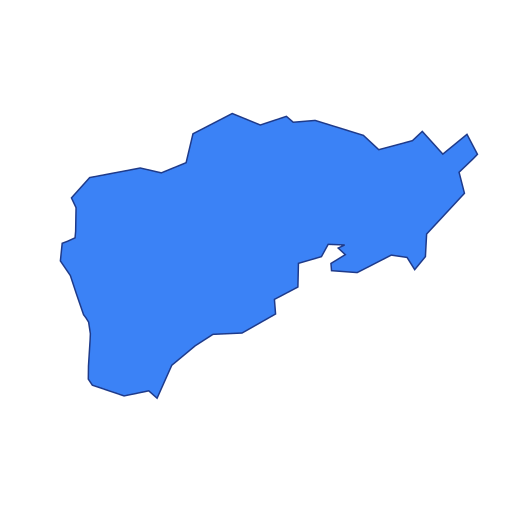 outline of Gjorche Petrov, Gjorče Petrov, North Macedonia, rotated 283°
{"feature_id": "65306769B13037945767817", "entity_name": "Gjorche Petrov", "entity_type": "district", "adm_level": 2, "iso_a3": "MKD", "parent_name": "North Macedonia", "parent_adm1": "Gjorče Petrov", "projection": "mercator", "projection_center": [21.316, 42.053], "detail": "fine", "context": "isolated", "style": "filled", "palette": "blue", "viewbox_px": 512, "rotation_deg": 283, "n_neighbors": 0, "source": "geoboundaries", "source_scale": "gbopen_adm2", "svg_char_len": 912}
<svg xmlns="http://www.w3.org/2000/svg" viewBox="0 0 512 512"><g transform="rotate(283 256 256)"><path d="M401.4,283.1L394.7,262.2L398.9,254.2L384.6,230.7L389.5,200.8L360.9,167.1L331.2,166.9L315.7,145.0L315.7,123.4L295.0,76.3L271.1,63.1L262.6,69.8L239.5,74.7L233.0,75.6L230.3,72.1L228.0,69.1L224.8,64.3L207.2,66.5L195.2,79.5L178.9,89.4L160.0,101.2L157.5,104.2L153.9,107.8L143.0,112.1L136.6,113.3L111.2,117.5L98.3,120.3L93.3,125.6L90.0,158.9L100.5,181.8L95.2,191.6L130.6,198.5L154.9,217.0L170.0,231.7L177.8,259.7L203.9,288.1L217.9,283.7L235.2,303.8L258.4,299.0L270.1,319.9L283.6,323.7L286.7,339.9L282.2,334.3L277.4,342.7L265.6,330.7L258.7,332.9L262.6,358.3L287.3,387.6L288.6,403.5L278.4,413.7L293.5,421.2L315.8,417.3L364.0,445.0L383.3,435.0L399.6,445.7L404.9,448.9L422.0,434.2L397.3,415.1L414.8,390.0L403.6,382.5L387.2,351.7L397.7,333.5L401.4,283.1Z" fill="#3b82f6" stroke="#1e3a8a" stroke-width="1.5"/></g></svg>